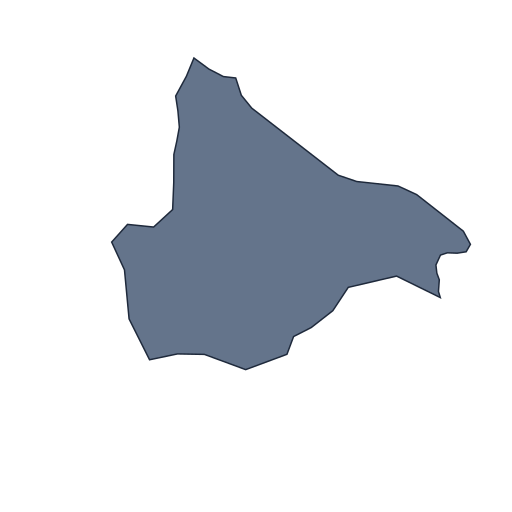 Peravia, Robinson projection, rotated 218°
{"feature_id": "DOM-1977", "entity_name": "Peravia", "entity_type": "Province", "adm_level": 1, "iso_a3": "DOM", "parent_name": "Dominican Republic", "parent_adm1": "", "projection": "robinson", "projection_center": [-70.38, 18.354], "detail": "fine", "context": "isolated", "style": "filled", "palette": "slate", "viewbox_px": 512, "rotation_deg": 218, "n_neighbors": 0, "source": "natural_earth", "source_scale": "10m", "svg_char_len": 705}
<svg xmlns="http://www.w3.org/2000/svg" viewBox="0 0 512 512"><g transform="rotate(218 256 256)"><path d="M426.8,373.8L408.2,374.3L392.2,377.3L381.6,383.8L366.5,373.6L350.4,369.9L240.9,370.3L222.5,376.7L187.2,398.6L167.2,403.3L107.9,403.2L94.2,397.2L93.0,388.7L99.2,382.1L107.2,376.3L111.2,370.3L108.7,359.7L102.9,353.8L96.9,350.1L90.4,340.4L85.2,336.7L132.9,326.7L164.0,288.1L161.8,260.2L168.4,233.7L176.8,215.7L171.1,197.6L194.2,160.1L236.1,146.7L257.6,130.5L276.0,108.7L317.3,128.3L351.1,164.1L378.3,178.1L376.7,201.8L354.5,215.8L350.3,241.3L366.0,263.2L383.2,285.4L389.2,297.9L395.7,310.3L406.9,322.3L417.8,332.6L421.5,354.8L426.8,373.8Z" fill="#64748b" stroke="#1e293b" stroke-width="1.5"/></g></svg>